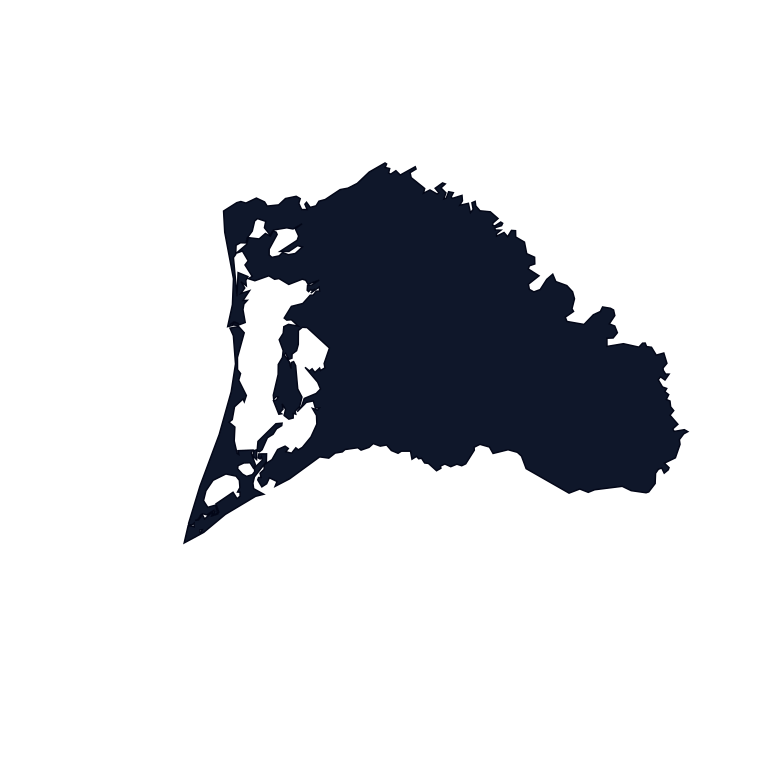 the district of Puerto Lempira, Gracias a Dios, Honduras, rotated 238°
{"feature_id": "27666195B20969327250579", "entity_name": "Puerto Lempira", "entity_type": "district", "adm_level": 2, "iso_a3": "HND", "parent_name": "Honduras", "parent_adm1": "Gracias a Dios", "projection": "equal_earth", "projection_center": [-84.066, 15.172], "detail": "fine", "context": "isolated", "style": "filled", "palette": "ink", "viewbox_px": 768, "rotation_deg": 238, "n_neighbors": 0, "source": "geoboundaries", "source_scale": "gbopen_adm2", "svg_char_len": 6176}
<svg xmlns="http://www.w3.org/2000/svg" viewBox="0 0 768 768"><g transform="rotate(238 384 384)"><path d="M353.6,253.7L356.3,290.8L350.4,297.9L351.3,306.0L348.5,312.7L349.1,316.2L343.8,328.1L340.1,329.5L338.2,337.7L339.2,343.3L333.3,347.9L330.9,353.9L323.7,355.0L317.8,359.2L317.8,363.1L313.0,370.9L305.4,367.9L305.4,373.2L302.2,373.8L301.2,376.5L295.5,376.6L293.1,379.6L282.6,382.6L282.4,387.6L284.5,388.4L283.9,393.2L278.5,396.8L277.4,403.3L273.5,406.6L273.0,411.0L280.0,425.5L282.6,426.9L282.0,433.4L274.7,440.0L267.3,439.7L262.5,454.4L255.4,460.9L250.0,462.4L236.9,459.7L193.4,483.1L191.2,494.4L183.9,499.8L182.7,506.6L171.0,531.8L162.6,537.1L152.9,548.6L152.2,551.3L155.9,561.2L164.4,567.0L166.3,571.5L165.6,575.0L159.9,574.4L160.6,579.6L162.0,581.4L168.3,579.8L167.0,592.0L176.0,603.1L180.3,605.0L182.9,611.8L182.6,616.4L186.1,614.5L190.0,605.0L192.9,605.0L194.1,611.9L206.0,610.0L207.9,615.6L212.8,615.0L218.0,617.5L221.3,615.2L224.1,619.8L228.7,618.1L230.4,621.4L233.9,618.6L242.3,618.8L243.6,622.3L238.5,624.4L241.3,631.0L243.2,628.1L247.6,628.1L249.7,629.1L251.6,634.9L262.0,637.7L264.2,630.2L273.4,630.3L276.6,626.5L280.3,627.2L281.6,624.9L280.2,619.7L291.3,608.4L297.7,593.0L304.7,597.3L301.6,602.7L303.8,609.1L310.9,610.4L315.6,606.9L319.7,616.0L325.1,617.9L328.2,616.2L333.5,610.2L330.8,605.9L331.8,598.3L328.5,585.2L340.1,572.3L344.6,573.1L345.1,583.2L348.2,583.3L355.3,590.7L362.3,592.8L370.6,591.2L379.8,584.0L387.7,585.3L386.5,577.5L381.3,566.5L382.7,559.9L387.2,557.4L392.1,559.3L393.6,572.8L405.1,567.3L407.2,569.9L405.9,575.5L411.7,578.9L418.9,574.1L429.9,578.3L438.9,573.6L444.3,576.8L446.7,573.5L443.4,566.9L448.9,566.1L449.7,557.8L451.9,559.1L452.5,564.7L455.5,560.1L457.8,560.6L456.0,567.6L457.4,569.8L459.5,568.8L459.3,561.8L460.9,560.2L462.8,561.6L463.9,568.4L473.7,565.4L480.0,557.2L486.4,556.2L490.6,558.1L491.1,554.6L484.8,552.1L483.5,548.1L492.5,551.3L495.4,542.9L497.8,547.6L502.6,550.1L505.2,540.3L507.1,540.1L509.5,544.2L512.8,540.7L508.6,535.3L509.2,532.7L513.3,537.8L520.1,536.2L521.2,542.0L523.5,540.2L522.9,531.1L517.1,531.9L516.8,529.8L524.2,525.8L524.9,518.5L528.2,522.1L544.6,516.4L549.4,518.1L549.3,525.1L551.7,525.6L552.6,508.5L558.6,507.1L558.4,500.9L560.5,499.7L563.7,503.0L567.0,499.7L569.2,502.8L570.9,502.0L571.6,483.8L568.3,467.6L569.2,457.2L572.1,449.8L571.6,431.9L573.5,425.7L571.1,420.8L572.9,415.0L579.2,414.6L578.4,412.2L572.6,411.3L575.6,406.6L582.4,407.5L585.6,411.2L589.7,409.0L593.5,398.7L591.7,389.6L596.8,379.2L601.7,379.2L609.3,374.3L610.6,362.8L614.6,359.3L615.8,355.2L615.7,339.6L597.2,329.4L553.0,312.1L531.6,297.5L515.5,281.8L514.2,285.9L516.0,285.4L516.3,289.8L512.1,292.8L515.5,289.2L514.5,286.8L511.3,290.8L509.7,298.9L521.8,303.8L526.0,307.5L527.4,312.4L529.5,308.6L534.4,319.4L536.6,310.4L539.2,316.8L546.7,316.9L540.3,319.3L545.0,321.6L547.2,325.5L555.8,319.3L536.2,305.8L571.0,323.3L572.5,326.9L580.1,332.1L579.8,337.2L576.7,341.8L580.4,345.5L583.5,353.3L590.8,360.7L591.3,364.4L584.6,369.9L579.9,365.4L570.9,366.4L573.2,371.8L568.0,384.3L563.7,389.0L563.3,399.5L562.5,391.0L554.7,390.0L551.9,386.5L551.5,366.2L546.8,373.6L547.2,384.1L543.4,387.4L541.7,377.9L544.3,371.4L549.3,367.6L548.2,363.1L550.8,356.0L554.3,355.0L559.2,358.1L567.4,372.6L569.9,373.0L572.4,371.1L569.6,366.0L574.5,363.2L573.2,355.0L580.0,346.5L575.2,341.7L573.2,328.1L571.8,334.4L560.4,334.1L558.6,329.2L545.1,329.3L545.2,324.8L540.0,329.2L536.8,343.7L530.8,346.7L529.1,350.8L518.9,356.0L516.2,370.2L513.5,372.6L508.9,372.5L506.4,384.1L506.2,375.0L508.1,371.4L504.2,368.5L502.3,369.0L503.0,372.0L501.3,372.6L501.2,375.9L499.9,370.1L500.6,380.4L496.9,378.7L498.6,375.7L496.9,371.0L498.4,368.5L495.3,357.8L498.9,346.6L492.8,334.3L489.7,335.4L487.6,339.5L478.5,342.0L485.2,334.6L485.7,329.4L480.4,325.4L477.1,318.6L465.8,316.2L460.3,311.9L456.6,304.7L448.2,299.3L433.2,284.2L429.6,282.4L430.5,285.9L428.9,287.4L427.4,284.2L428.4,281.4L414.1,278.8L413.0,281.4L415.0,280.6L416.2,285.1L421.2,287.1L414.7,287.1L410.2,282.6L404.6,284.7L403.3,289.0L407.2,291.4L405.2,293.2L408.0,294.1L409.5,300.4L416.4,307.5L425.5,308.2L446.4,318.8L450.9,319.2L451.3,316.7L446.2,313.2L453.1,315.4L462.0,314.7L462.2,316.9L455.4,316.3L454.7,319.6L458.1,321.9L458.6,327.5L463.0,332.3L474.8,339.8L475.4,344.8L472.6,348.7L443.4,356.8L433.1,344.1L429.0,342.5L429.1,337.2L431.6,337.8L430.4,331.5L435.0,331.1L434.6,327.7L440.0,325.9L420.7,328.7L413.4,327.5L411.9,321.5L414.0,308.7L408.5,302.0L406.5,295.7L409.6,308.4L407.1,315.1L400.1,313.1L397.9,316.6L397.1,313.8L401.2,310.4L393.1,310.1L385.6,305.8L377.8,294.0L373.5,281.2L373.6,276.4L376.6,275.4L374.3,269.0L378.6,264.8L380.0,268.7L383.7,267.2L384.8,259.1L379.2,248.9L379.0,239.6L375.1,237.1L374.0,231.6L369.9,230.2L371.2,228.1L369.6,226.1L361.5,225.9L361.6,231.6L365.2,237.1L358.0,241.6L354.9,237.4L353.6,253.7ZM355.1,130.3L353.7,152.5L357.5,180.3L356.8,215.6L354.2,223.6L364.3,218.0L369.4,220.3L373.9,224.9L380.5,243.1L387.0,247.4L391.0,240.8L388.0,238.2L386.1,239.2L387.4,241.6L383.8,240.3L381.6,229.8L378.2,227.9L376.9,224.3L378.5,218.5L382.6,216.2L389.6,214.9L392.1,216.9L391.3,223.3L388.2,228.7L381.9,228.7L383.8,232.2L395.8,234.8L397.5,237.7L404.8,224.9L401.1,223.5L403.0,222.6L415.1,226.8L426.5,234.7L433.8,232.3L434.2,236.4L443.9,245.2L446.0,256.5L443.0,256.1L447.2,261.2L464.2,262.8L468.9,267.9L473.8,267.4L484.2,273.8L501.5,292.6L509.7,291.2L513.0,283.0L504.7,281.8L479.7,268.7L458.4,250.3L428.5,217.5L395.0,173.9L369.3,144.4L368.0,143.7L366.3,146.9L366.7,149.3L363.5,147.4L367.7,142.9L355.1,130.3ZM368.4,151.5L367.8,155.1L370.0,158.9L370.1,161.5L366.9,164.4L367.2,172.4L365.8,173.2L363.4,170.1L362.7,174.4L370.6,176.8L372.8,169.2L380.7,169.1L387.8,176.4L392.9,188.0L391.5,202.2L384.3,209.7L379.0,210.3L372.5,206.9L370.0,202.5L368.5,204.6L365.1,202.5L364.6,198.6L372.2,198.6L371.4,178.0L362.9,176.1L361.8,174.0L363.4,167.8L366.7,171.8L364.6,160.4L369.3,160.7L366.9,154.5L368.4,151.5ZM357.9,150.6L356.7,152.9L354.8,149.6L355.8,149.2L357.9,150.6ZM402.1,246.7L394.6,241.0L392.5,242.5L392.9,245.8L400.2,256.6L400.2,263.4L403.0,269.2L402.9,275.2L404.8,276.8L407.6,271.3L402.1,246.7ZM396.4,238.3L392.2,234.6L387.5,235.9L395.6,241.3L396.4,238.3Z" fill="#0f172a" stroke="#020617" stroke-width="1.5"/></g></svg>